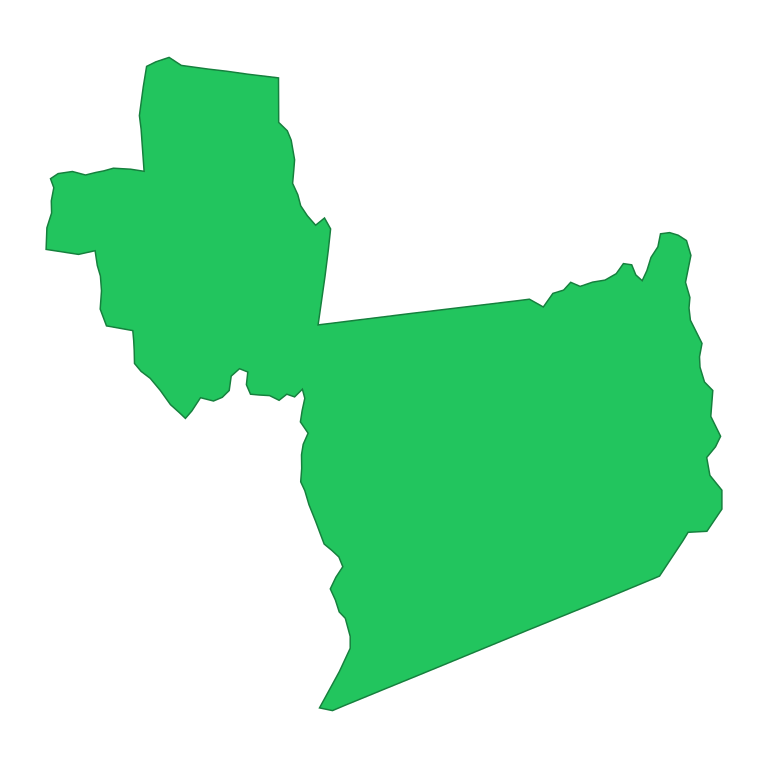 Novo Hamburgo, Rio Grande do Sul, Brazil
{"feature_id": "56859067B90736341852605", "entity_name": "Novo Hamburgo", "entity_type": "district", "adm_level": 2, "iso_a3": "BRA", "parent_name": "Brazil", "parent_adm1": "Rio Grande do Sul", "projection": "natural_earth1", "projection_center": [-51.068, -29.733], "detail": "fine", "context": "isolated", "style": "filled", "palette": "green", "viewbox_px": 768, "rotation_deg": 0, "n_neighbors": 0, "source": "geoboundaries", "source_scale": "gbopen_adm2", "svg_char_len": 1909}
<svg xmlns="http://www.w3.org/2000/svg" viewBox="0 0 768 768"><path d="M278.5,77.9L247.8,74.2L226.5,71.2L208.4,69.1L181.3,65.4L169.1,57.4L156.1,61.7L146.6,66.4L143.3,86.6L141.1,102.8L139.4,115.6L141.1,129.1L142.8,153.0L144.1,171.3L130.6,169.2L113.4,168.2L103.7,170.9L95.6,172.5L85.5,175.0L72.4,171.5L58.1,173.6L50.5,178.7L53.8,187.7L51.3,200.9L51.6,213.0L46.9,227.8L46.1,249.4L78.5,254.4L95.1,250.7L97.3,265.5L100.4,276.0L101.5,290.8L100.2,309.1L106.5,325.9L132.8,330.6L133.7,340.7L134.2,350.4L134.5,363.5L141.1,371.4L150.2,378.3L160.2,390.3L170.5,404.7L179.2,412.5L185.4,418.4L191.8,411.0L200.5,397.7L213.5,401.0L222.3,397.3L229.2,390.5L231.2,376.1L239.5,368.7L247.8,372.0L246.4,384.7L250.5,394.2L259.1,395.0L269.6,395.6L279.1,400.3L286.8,394.2L294.6,396.9L302.4,389.2L304.8,398.3L302.1,410.8L300.4,421.9L308.1,433.2L303.2,444.3L301.5,454.8L301.7,468.4L300.7,481.8L304.8,490.6L309.0,504.8L315.6,521.2L320.3,533.8L324.2,544.1L331.6,550.2L338.9,557.0L342.8,566.7L335.9,577.2L330.3,588.9L335.4,600.0L339.2,611.9L345.3,618.3L350.2,636.4L350.2,648.3L339.4,671.5L319.5,707.9L332.5,710.6L344.5,705.5L383.2,689.6L427.5,671.5L527.2,630.4L604.9,598.8L659.5,576.1L682.9,540.8L688.1,532.3L706.9,531.3L721.9,509.1L721.9,490.2L709.9,475.4L706.7,457.5L715.5,446.8L720.6,436.3L710.8,416.4L712.8,390.5L704.5,382.0L700.0,367.2L699.5,356.8L702.0,343.4L690.4,320.2L689.0,308.0L689.9,297.5L685.5,282.3L690.9,255.4L686.5,240.6L678.2,235.2L669.6,232.6L660.5,233.8L657.9,246.8L651.0,257.4L646.9,270.6L642.2,280.7L635.8,274.9L631.7,264.8L623.4,263.6L616.2,273.7L605.0,280.1L592.7,282.1L580.1,286.4L570.7,282.3L563.6,290.1L552.9,293.4L543.3,307.0L529.4,299.2L518.4,300.6L411.4,313.4L318.1,324.9L325.0,276.4L328.4,249.4L330.6,228.9L324.5,218.0L315.6,225.2L307.3,215.7L300.7,205.8L297.8,194.7L292.6,183.4L293.8,169.9L294.6,159.8L291.2,140.2L287.3,130.8L278.7,122.4L278.5,77.9Z" fill="#22c55e" stroke="#15803d" stroke-width="1.5"/></svg>